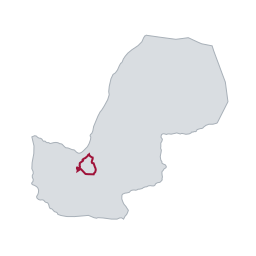 Paraguay, with Cordillera highlighted, rotated 83°
{"feature_id": "PRY-604", "entity_name": "Cordillera", "entity_type": "Department", "adm_level": 1, "iso_a3": "PRY", "parent_name": "Paraguay", "parent_adm1": "", "projection": "robinson", "projection_center": [-57.018, -25.289], "detail": "fine", "context": "in_parent", "style": "outline", "palette": "rose", "viewbox_px": 256, "rotation_deg": 83, "n_neighbors": 0, "source": "natural_earth", "source_scale": "10m", "svg_char_len": 4330}
<svg xmlns="http://www.w3.org/2000/svg" viewBox="0 0 256 256"><g transform="rotate(83 128 128)"><path d="M134.1,47.3L134.6,49.1L134.9,50.5L135.6,51.5L136.3,52.8L137.0,53.5L137.5,54.8L137.4,56.2L137.7,58.0L138.0,59.5L138.4,59.9L139.4,60.4L139.9,61.8L139.6,62.5L139.7,63.3L140.1,64.1L139.7,64.9L139.9,65.5L140.6,66.0L141.3,68.0L141.3,71.3L140.6,73.1L140.1,74.6L139.9,75.5L140.3,76.8L139.6,78.4L138.8,80.3L139.0,81.6L139.1,82.8L139.2,84.1L139.4,85.4L139.2,86.7L138.9,87.8L138.7,89.1L139.1,90.6L138.5,92.0L138.1,93.0L138.0,94.0L138.6,95.5L140.2,96.2L141.5,96.3L142.7,95.5L143.6,95.3L145.3,96.0L146.9,97.3L148.9,97.5L150.6,97.7L152.0,98.1L154.0,97.6L156.0,98.1L158.4,98.9L160.4,99.5L162.4,99.4L163.9,99.3L165.4,98.5L166.9,98.6L168.1,97.3L168.7,96.2L169.3,95.3L170.9,94.7L172.0,95.1L173.0,97.2L174.6,98.5L175.2,99.4L176.4,99.8L179.0,99.9L180.7,99.8L182.5,100.4L183.7,100.4L184.8,101.6L185.8,103.0L185.9,105.5L186.8,107.5L188.0,108.2L188.6,109.4L188.4,111.2L187.9,112.9L187.9,114.8L188.6,116.5L188.6,118.2L189.0,119.9L189.8,121.4L190.1,123.8L190.0,125.5L190.5,126.5L190.7,127.9L190.4,129.0L190.2,130.6L190.3,132.0L190.7,133.1L192.0,134.6L192.3,137.2L192.3,139.0L192.9,141.2L193.9,142.2L195.6,142.5L197.6,142.8L200.0,142.3L202.1,141.7L203.3,141.2L205.7,139.6L207.7,138.7L208.8,138.1L209.8,137.7L211.8,138.7L213.7,139.9L215.2,141.7L217.9,143.5L217.4,144.0L216.3,145.5L216.3,147.4L217.1,150.0L216.4,155.5L214.2,163.9L213.3,168.8L213.7,170.2L212.9,172.6L209.9,177.9L209.8,181.4L209.4,192.1L208.4,199.6L206.7,205.1L205.2,208.1L203.8,208.5L202.9,209.3L202.3,210.8L201.2,211.9L199.6,212.9L198.7,213.9L198.6,215.0L197.0,215.7L194.1,216.1L192.4,216.9L191.9,218.4L190.9,219.6L189.5,220.4L188.8,221.9L188.8,223.9L188.0,225.6L186.3,227.0L184.7,227.0L183.2,225.7L181.3,224.8L178.8,224.3L176.8,224.7L175.1,225.8L173.7,227.6L172.4,230.0L171.0,230.4L169.4,228.8L167.5,228.3L165.1,229.0L163.2,228.7L161.8,227.6L159.6,227.5L156.7,228.4L150.8,227.4L141.9,224.6L134.3,223.5L125.1,224.5L124.3,221.6L124.8,220.0L126.3,218.8L127.2,217.5L127.6,215.9L128.6,214.8L130.3,214.0L131.0,213.2L130.8,212.4L131.1,211.7L132.1,211.0L132.7,210.1L132.8,208.7L133.2,208.0L133.8,207.5L133.9,206.6L133.5,203.7L133.5,201.4L134.0,199.6L134.6,198.4L135.0,198.2L135.3,197.5L135.5,196.4L136.1,195.4L139.0,193.2L140.1,192.1L140.2,191.1L140.7,189.6L142.4,186.6L143.0,185.1L143.0,184.4L143.6,183.7L145.8,182.0L146.9,180.4L147.1,178.9L146.6,177.2L145.4,175.3L141.6,170.5L138.6,168.4L134.9,166.6L132.4,166.0L131.2,166.6L130.0,166.1L128.8,164.5L126.7,163.3L122.3,161.9L112.4,156.3L108.5,153.6L107.1,152.0L103.4,149.0L97.4,144.7L92.7,142.6L89.5,142.7L84.3,141.5L77.1,138.9L73.0,136.3L71.8,133.9L69.2,131.4L65.0,128.9L62.8,127.3L62.6,126.5L61.4,125.5L59.1,124.3L56.5,122.1L53.7,119.1L50.7,114.4L47.5,108.0L44.1,103.7L40.4,101.5L38.6,100.0L38.6,99.3L38.1,98.6L38.5,97.4L39.8,92.5L41.7,85.5L43.6,78.2L45.8,69.7L45.8,63.6L45.7,57.2L49.0,51.9L51.3,48.2L53.4,44.6L55.4,38.5L56.7,34.5L62.0,33.5L70.9,31.4L75.4,30.3L84.8,28.1L94.3,25.8L104.4,25.7L114.1,25.6L121.6,30.6L127.4,34.5L133.7,38.7L134.1,39.6L134.6,43.2L134.1,47.3Z" fill="#d9dde1" stroke="#a8b0b8" stroke-width="1"/><path d="M169.8,167.7L168.8,174.3L168.4,175.8L163.1,179.7L163.0,179.9L163.0,180.1L163.1,180.4L164.4,183.1L164.5,183.3L163.6,183.0L163.4,183.0L163.2,182.9L163.0,183.1L162.8,183.2L162.6,183.3L162.3,183.5L162.2,183.6L161.4,183.5L161.2,183.5L161.0,183.4L161.0,183.2L161.3,182.8L161.6,182.5L161.7,182.3L161.7,182.2L161.5,181.7L161.3,180.9L161.3,180.7L161.1,180.5L160.9,180.5L160.6,180.4L159.1,180.6L158.9,180.5L158.5,180.4L158.0,180.3L157.8,180.2L157.2,180.2L156.9,180.0L156.7,179.8L155.6,177.7L155.2,176.9L155.0,176.7L154.8,176.6L154.7,176.7L154.6,176.8L154.4,177.0L154.1,177.0L154.0,176.9L153.8,176.8L153.6,176.5L152.9,175.1L152.7,174.6L152.7,174.2L152.6,173.9L152.3,173.5L151.7,172.8L151.0,171.6L150.8,171.4L149.9,170.8L149.9,170.7L149.4,169.9L150.1,169.9L150.6,169.4L150.8,169.3L151.0,169.2L151.3,169.1L151.5,168.9L152.8,167.3L153.0,166.7L153.5,166.7L154.1,166.8L154.5,166.9L154.9,167.2L156.3,167.8L157.0,168.1L157.4,168.1L157.8,168.1L158.2,167.9L158.5,167.8L158.6,167.6L158.6,167.4L158.6,167.1L158.6,166.9L158.7,166.7L158.9,166.4L159.1,166.4L159.4,166.3L162.8,165.6L163.9,165.2L165.4,165.1L165.7,165.1L167.7,165.9L168.0,166.2L168.8,167.2L169.0,167.3L169.8,167.7Z" fill="none" stroke="#9f1239" stroke-width="2"/></g></svg>